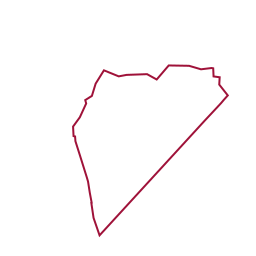 Catawba, North Carolina, United States of America (Robinson projection), rotated 310°
{"feature_id": "52423323B42498482903221", "entity_name": "Catawba", "entity_type": "district", "adm_level": 2, "iso_a3": "USA", "parent_name": "United States of America", "parent_adm1": "North Carolina", "projection": "robinson", "projection_center": [-81.208, 35.687], "detail": "fine", "context": "isolated", "style": "outline", "palette": "rose", "viewbox_px": 256, "rotation_deg": 310, "n_neighbors": 0, "source": "geoboundaries", "source_scale": "gbopen_adm2", "svg_char_len": 561}
<svg xmlns="http://www.w3.org/2000/svg" viewBox="0 0 256 256"><g transform="rotate(310 128 128)"><path d="M27.5,175.2L182.4,182.0L206.9,183.3L211.3,183.3L217.1,183.5L219.9,170.0L225.8,165.6L222.5,160.4L228.5,154.9L227.7,153.5L219.9,146.2L214.9,134.8L202.1,119.0L183.6,118.8L181.5,108.0L167.8,92.8L161.6,87.7L156.7,72.5L141.2,74.7L129.4,79.7L121.9,77.3L119.9,80.2L105.3,84.2L93.8,85.0L86.8,91.5L87.5,92.9L84.1,96.2L75.6,109.6L63.5,128.5L61.3,131.8L53.8,140.4L47.4,148.2L47.1,148.0L37.0,159.4L27.5,175.2Z" fill="none" stroke="#9f1239" stroke-width="2"/></g></svg>